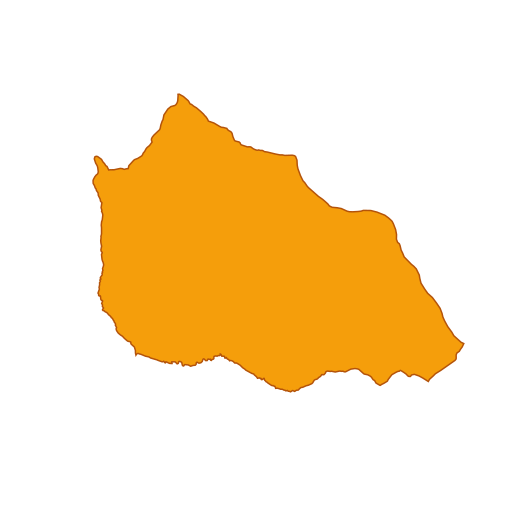 the district of El Cairo, Valle del Cauca, Colombia, rotated 69°
{"feature_id": "7082276B90998600886333", "entity_name": "El Cairo", "entity_type": "district", "adm_level": 2, "iso_a3": "COL", "parent_name": "Colombia", "parent_adm1": "Valle del Cauca", "projection": "albers", "projection_center": [-76.21, 4.758], "detail": "fine", "context": "isolated", "style": "filled", "palette": "amber", "viewbox_px": 512, "rotation_deg": 69, "n_neighbors": 0, "source": "geoboundaries", "source_scale": "gbopen_adm2", "svg_char_len": 6143}
<svg xmlns="http://www.w3.org/2000/svg" viewBox="0 0 512 512"><g transform="rotate(69 256 256)"><path d="M412.2,93.4L410.0,95.5L401.3,99.9L397.3,100.5L390.7,102.3L384.0,103.2L379.9,103.4L376.2,102.9L370.8,102.9L364.8,104.3L358.0,106.2L352.4,109.1L347.2,110.4L340.5,111.7L335.6,111.1L332.3,110.4L325.5,111.0L322.1,112.4L319.5,113.9L310.0,118.0L305.6,118.1L302.5,118.4L298.2,117.8L295.9,117.8L294.1,118.9L290.7,118.9L286.3,117.1L281.4,116.2L275.2,116.2L272.4,116.5L270.2,117.5L268.0,118.6L264.1,121.1L258.4,127.3L254.7,132.5L251.9,139.4L251.8,141.8L251.0,144.9L249.4,149.9L248.1,153.0L246.8,154.9L242.3,159.3L240.0,163.0L237.8,167.5L235.5,169.6L233.1,170.3L229.6,172.1L227.0,173.5L222.7,176.4L210.8,182.6L208.9,183.3L205.0,184.2L202.6,185.2L196.8,185.7L189.5,185.6L186.1,185.0L181.2,183.4L177.2,183.4L176.0,184.3L174.9,186.0L172.4,193.1L171.1,195.1L170.2,197.4L167.7,201.4L163.0,208.2L161.6,210.7L159.8,212.1L159.0,214.1L157.9,215.6L157.9,216.4L157.4,217.5L156.0,219.1L154.8,220.2L152.4,221.7L151.9,222.5L151.0,225.0L146.9,230.0L145.9,230.3L144.7,230.3L143.5,230.9L141.2,234.2L140.1,234.7L136.2,234.8L133.0,234.4L131.8,234.6L130.7,235.1L129.9,235.9L128.5,236.9L127.5,237.3L126.4,237.5L124.2,240.6L123.5,242.1L122.0,243.5L116.8,247.6L113.0,252.1L110.9,252.2L107.6,253.0L106.7,253.6L104.9,254.1L101.1,255.9L96.3,258.5L93.8,260.5L91.3,261.9L90.8,262.7L90.1,263.1L88.3,263.3L86.8,263.6L81.1,266.6L77.4,269.7L77.1,270.9L78.2,271.2L82.8,273.3L84.4,274.4L86.0,276.4L86.4,277.8L86.0,281.9L87.2,285.6L91.3,291.4L95.4,294.0L96.5,295.3L99.6,297.9L102.5,299.7L103.6,300.8L106.6,308.1L108.0,310.4L109.2,311.6L110.3,312.1L112.4,312.2L114.7,315.8L115.7,318.8L116.5,320.2L118.5,322.5L119.6,324.5L120.7,325.5L121.6,326.8L122.5,331.4L122.5,334.6L122.8,335.8L126.1,342.3L128.6,344.0L128.1,345.9L127.9,348.0L126.6,349.4L125.6,351.3L124.6,357.7L123.2,361.4L122.9,362.7L119.0,363.0L117.8,363.9L115.5,364.3L113.2,365.2L110.4,365.6L106.4,368.2L105.6,369.5L105.7,370.9L107.3,372.1L107.9,372.2L111.8,372.4L114.9,371.9L116.9,372.1L120.9,373.1L122.2,374.0L122.8,374.9L123.1,376.1L124.3,378.1L126.2,380.3L127.2,381.1L129.6,381.9L130.1,382.0L132.4,381.6L134.8,381.7L136.0,381.3L137.8,381.5L140.4,380.8L142.9,381.5L146.9,381.1L149.1,381.5L151.0,380.8L155.4,383.3L158.0,383.5L159.1,384.2L160.5,384.0L162.8,384.3L167.2,386.6L168.6,387.8L171.7,389.4L174.3,390.1L179.8,392.2L181.0,392.9L182.0,393.7L183.4,394.1L186.1,395.5L188.3,396.1L191.5,396.6L194.7,398.6L196.0,398.8L197.2,398.4L197.9,398.4L199.2,399.7L203.8,400.9L205.4,401.1L207.3,401.0L209.7,401.4L210.9,402.2L212.8,403.8L214.6,404.1L215.6,405.1L216.4,405.2L216.8,406.0L217.7,406.0L218.5,406.4L220.3,409.0L220.9,409.3L221.7,409.0L222.2,409.3L222.5,410.4L223.7,410.3L224.2,410.7L224.8,411.6L226.8,412.3L229.1,413.8L230.8,414.1L234.0,416.8L235.3,416.6L236.2,417.0L236.8,416.9L237.2,416.6L237.3,415.8L237.8,415.6L240.6,416.4L241.6,416.3L242.2,416.0L242.4,415.5L242.8,415.3L243.5,415.6L245.0,417.1L246.6,416.8L248.0,417.5L249.9,417.0L250.9,418.4L251.4,418.6L252.2,418.3L252.6,417.5L253.9,416.9L255.3,415.6L256.4,415.1L257.9,414.7L260.4,413.3L261.6,413.2L262.8,412.4L265.4,412.1L265.9,411.8L267.0,412.0L268.6,411.5L269.5,411.6L270.1,412.1L272.6,411.8L273.0,411.9L273.7,412.6L274.9,412.9L276.2,412.8L278.7,412.2L281.2,410.8L283.1,409.4L285.9,408.3L288.9,406.7L289.7,406.1L291.0,404.2L291.5,403.8L293.0,404.2L293.9,404.0L297.1,402.3L297.6,402.2L300.9,402.4L303.4,403.3L305.5,403.6L304.8,402.7L304.6,401.6L304.7,401.0L306.0,399.5L306.3,398.9L309.9,395.1L311.8,392.2L313.5,390.9L317.6,385.5L318.2,385.0L321.1,381.6L321.3,381.1L321.2,379.9L322.8,379.4L323.2,379.1L323.3,378.8L322.5,378.1L322.6,377.8L325.2,375.3L326.2,373.2L326.3,372.9L326.1,372.8L324.9,372.7L324.6,372.5L325.8,369.5L326.2,369.2L328.3,368.4L328.5,368.0L328.4,367.1L326.9,365.9L327.0,365.0L328.3,363.7L328.8,363.5L331.5,363.9L332.5,363.5L332.7,363.1L332.6,362.6L331.8,361.7L331.9,361.3L333.4,358.3L335.5,356.5L335.6,354.0L336.2,351.9L335.7,350.8L334.3,350.0L334.0,349.3L334.2,348.9L335.3,348.1L335.7,347.3L335.9,345.7L335.2,344.0L333.5,342.6L333.3,342.2L333.3,341.7L333.9,341.1L335.2,340.7L335.7,340.4L336.1,339.0L335.1,337.9L335.1,337.5L335.8,336.6L336.0,335.5L336.3,335.4L337.1,335.6L337.5,335.2L336.9,333.9L337.0,332.7L336.8,332.3L336.6,332.1L335.1,331.5L334.7,331.1L334.8,329.7L335.6,328.1L335.4,327.0L335.9,325.8L335.8,325.3L335.4,324.9L334.7,324.5L335.4,323.9L337.2,323.9L338.2,321.6L339.2,321.4L339.7,321.7L340.3,321.5L340.3,320.0L341.4,319.9L342.2,319.4L342.7,318.7L344.4,318.2L344.4,317.2L345.2,316.0L346.4,315.0L348.2,314.3L348.6,313.5L348.9,312.6L349.4,312.1L352.3,309.9L355.5,308.5L357.6,307.0L358.8,306.5L364.1,302.0L365.4,300.4L366.3,300.2L368.9,298.8L370.7,298.4L371.0,296.5L371.6,296.1L371.9,295.4L372.2,295.1L373.1,295.4L373.5,295.0L373.6,294.1L373.0,292.9L373.2,292.3L375.2,292.4L376.0,291.9L376.9,291.7L377.9,290.8L378.7,290.5L382.1,288.1L382.9,287.3L383.0,286.5L384.1,285.7L384.3,285.2L385.2,285.0L386.6,285.1L387.0,283.6L388.4,281.6L389.0,281.1L389.9,279.1L391.2,278.0L391.7,277.0L392.4,276.7L392.7,276.2L392.7,275.0L393.8,274.4L394.2,273.5L395.2,272.4L394.7,270.1L394.9,269.7L396.2,268.6L396.2,268.0L395.8,266.5L396.3,264.6L395.4,262.7L394.9,261.1L395.2,260.0L395.3,259.1L395.1,255.9L395.4,253.4L395.2,249.7L394.7,248.5L392.8,246.1L392.6,245.1L392.8,243.3L392.7,242.6L391.9,241.0L391.5,238.9L390.3,237.2L390.3,236.8L390.9,236.1L391.1,235.0L390.2,233.2L389.1,232.2L389.0,230.6L390.4,228.0L390.6,226.9L392.7,223.6L393.4,219.1L394.4,217.3L394.7,216.1L395.6,215.3L396.1,214.4L396.2,213.7L395.6,208.1L396.5,204.0L397.7,201.8L398.7,200.6L404.6,197.6L405.1,197.1L407.0,194.2L409.1,192.4L410.4,191.7L413.4,191.0L414.8,189.9L417.6,189.5L421.1,186.7L421.3,186.3L420.9,184.7L420.7,182.3L420.0,178.5L419.7,177.9L418.9,177.2L418.3,176.3L415.5,171.7L414.7,166.6L414.6,165.0L414.9,163.4L414.5,162.3L415.1,161.6L417.8,159.6L420.1,158.1L422.2,157.3L422.8,156.9L423.3,156.3L423.8,155.0L422.8,153.4L423.2,150.6L426.4,146.8L429.7,144.0L434.9,140.1L433.3,138.2L431.4,133.3L430.2,130.7L429.0,124.5L424.8,107.7L424.1,106.4L423.3,105.8L420.1,104.6L418.6,103.3L417.8,100.3L416.4,98.6L414.8,96.1L412.2,93.4Z" fill="#f59e0b" stroke="#b45309" stroke-width="1.5"/></g></svg>